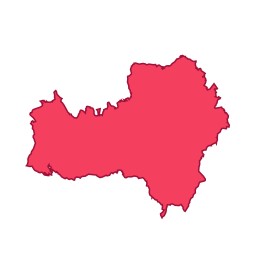 Chiuiesti, Cluj, Romania (Albers equal-area conic projection), rotated 191°
{"feature_id": "2599482B81341835248547", "entity_name": "Chiuiesti", "entity_type": "district", "adm_level": 2, "iso_a3": "ROU", "parent_name": "Romania", "parent_adm1": "Cluj", "projection": "albers", "projection_center": [23.916, 47.321], "detail": "fine", "context": "isolated", "style": "filled", "palette": "rose", "viewbox_px": 256, "rotation_deg": 191, "n_neighbors": 0, "source": "geoboundaries", "source_scale": "gbopen_adm2", "svg_char_len": 5801}
<svg xmlns="http://www.w3.org/2000/svg" viewBox="0 0 256 256"><g transform="rotate(191 128 128)"><path d="M136.7,185.9L135.3,183.2L135.0,181.6L136.9,179.1L137.8,179.0L138.2,178.3L137.5,175.9L137.3,173.0L135.3,169.6L134.7,167.1L132.9,165.1L132.4,163.4L131.7,163.1L131.9,162.9L131.3,162.3L131.6,162.0L131.1,161.3L131.1,159.9L130.8,159.3L131.2,159.3L132.2,156.3L133.2,156.8L133.7,157.5L135.8,156.0L136.5,154.7L137.0,154.8L136.6,154.4L135.3,154.9L134.6,154.6L136.0,154.2L136.4,152.9L136.5,153.6L138.2,153.3L140.1,153.9L141.6,153.4L140.4,153.2L140.1,153.6L140.1,153.0L139.9,152.9L140.6,152.2L141.9,152.2L143.4,150.3L142.0,147.7L141.9,146.4L143.6,144.7L144.6,144.4L144.7,144.7L144.4,145.6L144.6,145.8L146.8,146.6L148.3,146.4L149.0,146.7L151.7,149.6L152.8,148.9L152.7,147.3L152.0,146.0L152.0,144.1L152.4,142.6L153.5,142.6L155.2,141.4L155.0,141.0L155.6,138.6L155.7,135.5L156.6,135.9L157.7,135.6L158.5,134.7L158.8,135.3L159.0,141.6L162.2,140.1L160.7,138.5L160.4,137.1L159.9,136.4L159.7,134.9L160.4,134.2L161.4,133.8L163.0,134.1L164.1,135.5L164.6,138.2L166.3,140.7L168.9,140.6L168.9,141.3L171.7,141.5L172.7,141.1L172.6,140.2L173.2,138.7L172.4,137.7L172.9,136.7L172.7,134.5L175.7,136.4L177.6,136.6L178.4,135.3L178.2,134.3L179.0,132.2L179.4,129.7L180.0,128.6L180.4,128.0L182.6,127.8L185.6,129.4L186.5,130.7L187.8,130.0L188.2,130.3L188.2,131.0L190.0,131.9L195.2,138.2L197.4,140.3L199.1,141.3L199.0,143.3L198.4,144.3L200.4,144.9L203.9,147.4L204.4,148.0L205.0,149.7L206.0,150.9L206.6,149.9L207.1,149.9L207.4,148.7L206.3,146.5L205.9,144.0L205.3,143.0L205.2,142.2L207.2,140.4L207.0,140.1L207.4,139.3L207.9,139.5L209.1,138.5L212.0,138.1L213.3,138.8L213.4,137.7L214.1,137.5L214.7,138.1L215.4,137.9L215.6,138.8L216.1,138.5L216.6,138.9L219.2,137.6L216.5,135.8L217.0,135.4L216.6,134.9L216.6,134.4L216.2,134.1L216.5,133.3L217.9,131.9L224.5,128.0L225.1,127.0L225.5,124.6L225.1,124.1L225.9,124.6L226.6,124.4L226.9,122.9L226.4,122.1L222.6,119.8L219.9,117.0L221.7,115.6L222.8,116.9L223.9,116.0L224.0,114.4L224.4,113.8L221.9,112.1L221.7,109.2L220.2,107.9L218.6,104.0L219.5,102.5L219.3,100.7L217.9,99.2L217.7,98.4L216.0,95.7L216.8,89.7L218.2,86.3L218.2,84.1L219.4,82.6L220.2,79.7L220.2,77.8L219.7,76.4L219.6,75.4L219.8,73.0L220.5,71.6L216.9,71.5L214.9,72.2L212.3,69.3L211.1,68.5L208.8,68.1L207.4,67.4L205.8,67.3L204.8,67.9L203.6,68.0L201.2,66.0L199.2,66.0L201.8,67.5L201.6,68.1L200.6,68.1L200.2,67.5L197.3,66.5L196.7,66.4L197.0,67.5L196.7,67.5L196.7,67.9L196.4,67.5L194.0,67.3L194.6,69.4L193.9,69.8L194.0,70.2L196.2,71.1L196.2,72.3L196.5,71.9L196.7,72.2L196.3,73.1L197.4,73.1L199.1,74.7L198.4,75.3L199.1,76.2L198.6,77.0L198.3,75.9L195.9,74.9L196.1,73.2L195.0,72.9L194.4,71.5L194.0,72.6L193.2,72.1L193.3,71.8L192.2,71.7L190.0,70.6L189.8,70.9L190.1,71.4L189.8,71.6L188.2,70.6L187.9,69.8L186.3,69.4L183.6,67.3L180.4,66.3L179.8,66.4L179.1,67.4L175.9,66.3L173.9,67.4L171.0,66.5L170.5,66.7L170.5,68.6L169.4,69.9L167.0,70.3L165.3,69.7L164.3,71.5L160.7,72.6L157.9,75.1L150.1,75.8L149.2,75.0L146.1,74.0L143.8,75.0L140.3,77.5L139.5,77.0L137.1,78.1L136.2,80.3L135.5,81.1L134.0,80.4L133.8,81.1L131.7,82.5L130.2,81.7L129.7,83.3L129.8,83.8L130.1,83.5L130.1,84.4L129.3,84.9L126.8,85.2L125.7,84.0L125.4,84.4L124.7,83.6L124.3,82.1L123.9,82.4L123.6,82.1L124.3,81.4L121.6,78.8L120.4,78.8L118.6,80.2L115.3,80.7L112.6,82.1L109.3,82.0L108.0,80.5L104.0,82.1L102.2,81.0L100.7,79.4L99.5,79.1L98.8,77.1L98.8,74.8L97.0,74.7L95.2,72.0L94.8,68.7L93.9,66.6L91.2,65.0L91.1,64.0L90.6,64.7L87.5,62.7L85.8,62.8L84.7,61.2L83.2,61.2L80.6,59.0L79.7,59.3L79.3,58.2L79.0,54.8L76.9,54.4L78.0,51.9L79.7,50.0L79.2,48.6L77.5,46.4L77.3,47.2L75.7,48.9L74.8,52.2L74.8,54.6L75.1,55.8L74.7,58.4L74.9,59.6L74.6,60.2L71.8,60.5L71.9,60.9L71.3,61.4L70.1,62.0L67.0,61.1L63.0,61.6L61.4,63.1L58.8,60.7L58.6,59.4L57.1,57.6L56.0,57.1L53.7,63.0L54.0,64.8L53.2,66.8L53.5,67.9L53.0,70.2L52.5,71.3L51.3,72.4L51.0,75.2L49.5,77.3L50.2,80.0L49.9,81.0L50.1,81.7L48.0,84.1L47.6,87.8L47.2,88.5L42.6,90.8L42.2,91.4L42.4,92.6L44.9,95.1L50.4,99.0L50.9,102.9L50.7,106.0L51.5,109.5L50.6,110.9L50.6,111.6L50.1,112.2L50.5,112.7L49.6,114.3L48.8,114.3L49.0,115.0L48.6,115.0L48.7,115.8L48.5,116.2L50.3,117.7L51.0,119.3L49.3,120.8L47.3,121.3L46.9,124.2L45.4,126.1L42.7,126.6L43.0,127.4L39.0,130.5L38.3,129.6L38.4,131.1L38.0,133.3L38.5,135.4L39.1,135.6L38.6,136.0L38.9,139.4L36.9,141.6L36.6,142.6L36.7,143.7L36.2,144.2L35.8,145.4L34.0,146.0L31.6,145.9L31.3,146.1L31.2,148.3L29.1,148.2L29.1,150.1L30.7,152.1L31.5,152.3L31.2,152.6L32.4,155.8L31.7,157.1L31.8,159.1L34.3,161.6L34.9,161.7L35.0,161.3L35.7,161.6L36.2,162.2L36.4,163.3L37.2,163.5L37.0,164.1L37.3,164.6L39.5,165.4L40.1,166.3L46.0,164.0L46.8,164.6L46.8,165.9L46.1,166.8L46.0,168.2L45.4,169.7L45.5,172.2L44.5,173.6L43.4,174.1L43.0,175.2L45.0,175.9L45.5,175.0L48.3,175.4L47.7,176.1L48.7,179.4L48.1,179.7L50.4,182.5L51.0,182.1L50.2,182.9L48.2,183.2L47.8,183.8L52.0,187.9L55.0,181.9L56.7,180.9L56.6,181.2L58.4,181.6L58.2,182.9L61.5,184.3L60.6,186.8L60.5,189.4L61.2,189.6L60.9,190.7L62.8,192.8L65.0,192.3L62.8,193.9L63.3,194.9L62.6,196.3L67.1,198.3L67.6,199.6L68.3,200.2L69.6,199.8L69.6,198.6L70.2,198.2L71.5,199.2L71.5,199.9L71.9,200.4L72.1,200.4L72.1,199.7L72.7,199.6L73.1,201.3L73.9,202.8L74.3,204.8L73.8,205.8L74.1,206.7L75.7,206.0L77.4,205.9L80.6,207.4L82.3,207.0L82.7,207.6L84.6,208.1L85.3,209.1L85.7,208.8L88.4,209.6L88.8,209.1L89.8,209.1L90.3,208.4L88.6,208.2L92.2,205.4L93.2,205.1L94.9,201.6L97.0,199.7L97.4,198.5L98.3,197.5L99.6,196.5L100.3,196.8L102.2,196.2L103.4,195.1L103.7,193.7L104.4,193.6L105.2,192.4L106.1,192.9L105.1,194.7L107.2,194.7L109.4,195.7L110.7,195.2L111.5,193.8L112.6,195.2L113.5,195.6L114.5,195.0L119.7,194.7L121.6,193.6L123.5,194.2L125.6,194.2L129.2,192.8L132.9,193.2L134.4,192.7L134.2,191.9L135.2,191.4L135.8,189.8L136.3,189.5L136.1,189.1L136.4,188.6L136.7,185.9Z" fill="#f43f5e" stroke="#9f1239" stroke-width="1.5"/></g></svg>